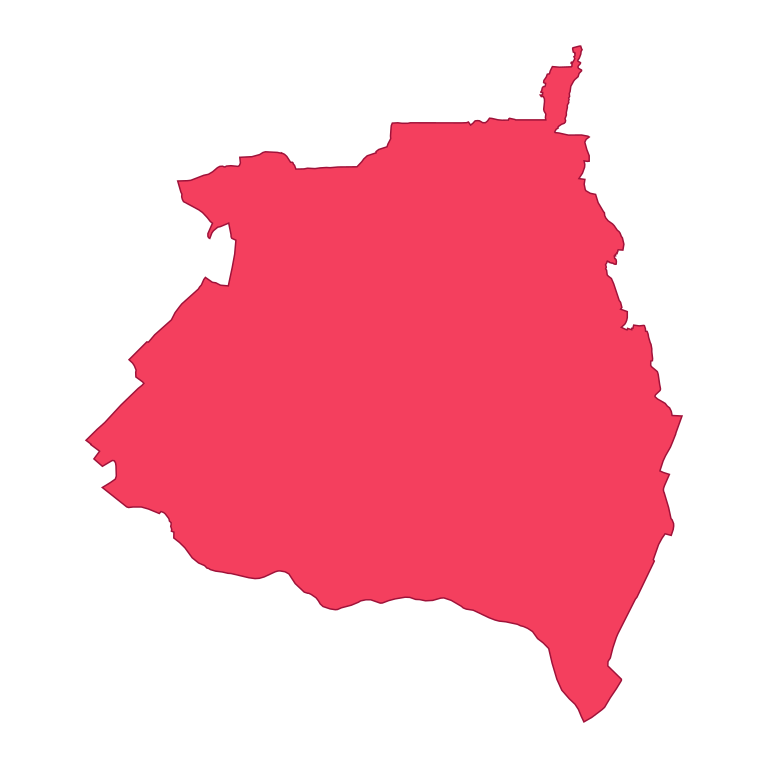 Leordeni, Arges, Romania
{"feature_id": "2599482B56240389829929", "entity_name": "Leordeni", "entity_type": "district", "adm_level": 2, "iso_a3": "ROU", "parent_name": "Romania", "parent_adm1": "Arges", "projection": "equal_earth", "projection_center": [25.165, 44.787], "detail": "fine", "context": "isolated", "style": "filled", "palette": "rose", "viewbox_px": 768, "rotation_deg": 0, "n_neighbors": 0, "source": "geoboundaries", "source_scale": "gbopen_adm2", "svg_char_len": 6055}
<svg xmlns="http://www.w3.org/2000/svg" viewBox="0 0 768 768"><path d="M548.7,648.5L552.1,663.1L556.9,679.3L561.8,690.2L569.4,698.9L575.0,704.2L578.4,709.4L581.3,716.4L583.9,721.9L591.9,717.3L602.2,709.5L604.6,707.3L610.3,697.7L616.4,688.7L620.9,681.3L621.4,680.4L621.4,679.2L607.8,665.9L608.0,661.5L610.3,658.0L612.9,647.7L616.3,637.5L617.9,633.7L635.4,599.1L636.9,597.3L654.3,561.1L653.3,559.6L658.6,544.5L662.1,538.1L665.1,533.8L671.2,535.4L673.2,529.5L673.7,526.1L673.6,523.6L672.1,519.8L671.0,518.6L668.6,507.5L664.1,492.5L663.8,492.1L663.4,490.0L663.6,488.2L664.5,485.6L669.4,474.4L663.4,472.5L659.9,470.9L663.1,461.0L665.5,455.8L670.4,447.2L672.6,441.9L675.8,433.8L675.8,433.2L682.0,416.0L672.1,415.5L671.3,411.4L669.6,407.9L667.3,406.1L665.2,403.4L657.4,398.9L655.0,396.7L655.1,395.6L655.7,394.6L660.1,390.4L660.5,389.1L660.4,388.2L659.7,384.7L658.2,374.4L657.5,372.1L657.2,371.5L651.5,366.7L650.7,365.3L650.8,361.1L652.4,360.7L652.6,358.6L651.8,351.8L651.8,348.8L651.0,344.3L650.2,342.6L648.6,337.2L648.1,334.1L647.1,331.4L645.6,331.2L645.4,328.6L644.4,325.6L643.7,325.4L639.2,325.9L633.7,325.1L632.9,328.3L631.8,328.3L631.7,329.7L627.6,328.4L627.4,329.7L626.3,329.7L621.3,327.3L624.7,324.3L625.8,322.5L626.7,320.3L627.3,317.6L627.3,311.6L620.6,309.2L621.9,307.5L620.6,302.4L619.2,300.4L613.7,283.8L611.4,278.5L608.4,276.2L607.2,274.9L606.6,270.2L605.6,268.8L606.3,267.3L606.0,265.9L605.5,264.9L606.9,262.5L607.1,261.3L607.5,261.1L609.2,261.9L609.2,262.4L611.8,263.1L612.8,263.1L613.5,263.7L615.1,264.3L616.2,264.1L616.4,261.5L616.1,259.7L615.3,258.7L614.7,258.6L614.3,256.0L615.6,255.8L615.2,254.7L615.5,254.3L617.0,253.7L617.2,253.0L616.9,252.5L617.8,251.7L617.8,250.6L618.2,249.8L622.9,250.1L623.9,244.2L622.4,237.8L621.4,236.5L620.1,233.2L619.1,231.7L617.2,230.1L614.2,225.7L612.5,223.9L608.1,220.8L605.8,218.0L604.7,215.6L604.4,212.7L603.5,211.7L598.1,202.6L595.6,194.4L590.3,193.3L585.9,190.7L585.2,189.4L584.2,184.2L584.9,179.4L578.9,178.6L582.5,173.1L584.6,167.2L584.8,164.5L584.1,160.9L587.3,161.4L589.2,161.2L589.2,155.7L586.8,149.5L584.8,142.2L586.1,139.4L589.2,137.0L588.0,136.2L581.5,135.0L568.4,135.1L558.9,133.0L555.2,132.6L554.7,132.0L556.1,129.3L558.1,128.1L558.0,127.1L558.5,126.4L561.5,124.3L564.2,123.3L565.3,122.1L565.6,120.5L565.0,118.7L566.4,115.1L566.3,112.5L567.4,107.4L567.3,105.2L568.8,102.6L568.5,101.0L569.1,99.6L568.6,98.0L569.6,96.6L569.3,93.5L570.1,91.5L570.8,86.3L573.7,81.0L574.8,79.6L578.1,76.7L579.1,73.4L581.6,70.8L581.5,70.0L578.6,68.4L578.1,67.6L578.0,66.6L578.5,65.6L580.0,64.1L580.6,62.9L580.3,62.5L578.2,61.4L577.8,60.9L577.9,60.2L579.3,58.1L580.8,54.1L581.1,51.4L582.1,49.7L581.5,48.6L580.7,46.1L579.4,46.1L572.9,47.8L572.6,48.8L573.3,52.1L574.7,52.6L575.1,53.2L574.7,53.7L575.0,54.6L574.9,55.9L573.9,56.6L574.8,58.8L572.6,62.5L571.8,62.1L571.2,62.4L571.1,63.4L572.1,64.0L571.8,66.5L571.4,66.8L559.5,67.2L552.4,66.6L550.3,70.8L549.4,73.8L547.3,74.2L546.2,77.1L543.9,80.4L543.6,82.4L543.9,82.8L545.6,83.4L545.4,85.3L544.9,86.5L543.7,86.5L542.7,87.2L542.2,88.1L541.7,90.6L540.8,92.1L541.0,92.4L542.7,92.5L542.6,94.3L542.2,95.0L540.3,95.1L541.3,96.6L543.3,96.5L544.4,98.8L544.5,101.7L543.7,109.3L544.1,111.1L545.7,113.8L545.8,114.5L545.4,117.5L545.8,119.9L515.5,119.9L515.0,119.5L509.6,118.3L508.9,118.7L508.4,120.1L502.0,120.2L497.9,119.8L491.8,118.4L489.5,118.2L487.5,121.0L485.4,122.7L482.7,122.7L479.5,120.8L477.7,120.6L475.5,120.8L474.8,121.1L473.3,122.9L470.6,125.1L468.4,122.0L466.6,122.7L461.4,122.9L410.3,122.8L407.8,123.3L402.1,123.3L397.8,122.8L392.3,123.1L391.3,125.6L391.1,127.4L390.5,136.0L390.7,138.7L388.0,143.9L387.0,146.8L378.7,149.5L376.0,151.6L376.1,152.8L367.2,155.8L363.8,158.9L361.8,161.7L357.0,166.8L338.1,167.0L330.1,167.7L326.4,167.5L320.1,167.9L315.0,168.6L307.5,168.2L304.1,168.9L295.9,169.1L294.5,165.3L293.3,164.0L293.1,163.0L292.4,162.3L290.6,162.3L286.8,156.4L284.5,154.3L281.5,152.9L281.5,153.3L277.4,152.4L265.4,151.8L262.9,152.5L259.6,154.6L251.9,156.7L239.8,157.3L240.4,163.0L239.4,165.5L238.1,166.4L230.9,165.7L226.3,166.1L225.4,166.8L224.3,166.9L222.5,166.2L219.8,166.4L217.4,167.7L212.6,171.8L208.4,174.3L203.7,175.3L190.8,180.3L187.4,180.7L177.7,181.0L180.9,192.1L181.9,194.1L181.7,196.8L182.3,199.2L183.5,201.6L198.9,209.9L202.5,212.5L207.3,217.6L210.4,221.6L212.5,223.2L207.9,233.6L207.9,236.3L208.6,237.7L209.8,238.4L211.9,232.9L213.5,230.7L217.7,227.2L220.4,226.6L228.7,223.1L231.0,234.6L231.1,236.8L231.8,238.3L235.9,240.2L234.7,254.0L232.2,267.6L228.3,285.9L220.5,285.2L215.8,282.8L212.4,282.3L205.4,277.4L203.8,279.5L201.4,285.0L199.6,287.0L198.4,289.0L181.8,303.9L179.7,306.5L175.1,312.6L171.4,319.9L154.7,334.8L148.5,342.1L146.8,341.9L129.0,359.7L132.6,363.1L134.3,365.7L136.1,370.1L135.7,372.4L135.9,377.0L142.5,381.8L143.9,383.3L142.2,385.2L138.2,388.4L121.0,405.0L104.7,422.6L97.3,429.2L86.0,440.3L91.1,444.2L90.8,444.6L99.6,451.2L93.9,458.9L102.4,466.3L112.2,460.5L114.2,460.7L115.5,462.8L116.0,465.8L116.3,476.1L115.3,479.1L110.0,482.8L102.3,487.5L126.7,506.9L128.6,507.5L132.9,507.0L141.4,507.0L148.4,509.0L159.3,513.5L161.0,511.5L163.6,512.5L165.2,513.8L168.5,518.1L169.1,519.3L169.4,521.0L171.1,522.7L171.1,524.8L170.7,526.3L171.7,529.2L171.4,531.2L173.9,532.1L173.8,538.0L179.4,542.4L184.9,547.8L192.2,557.8L198.6,563.0L204.6,565.6L207.0,568.1L208.5,568.4L210.4,569.6L215.5,571.1L222.3,572.0L228.0,573.3L231.0,573.5L248.7,577.7L255.0,578.6L259.4,578.3L264.2,576.9L275.2,571.8L277.9,571.0L280.0,570.9L285.1,571.8L288.9,573.9L295.2,583.6L304.2,592.1L307.5,593.2L308.8,593.3L311.0,594.3L316.1,597.8L318.4,600.8L320.3,604.0L323.0,606.5L330.1,608.9L335.3,609.7L337.5,609.5L341.4,607.8L351.3,605.2L358.5,602.2L360.6,600.9L365.8,599.8L370.8,599.8L380.2,603.1L382.4,603.0L388.7,600.6L395.1,598.9L405.2,597.2L409.9,597.4L415.6,599.4L419.8,599.6L425.5,600.8L432.7,600.4L440.7,598.1L443.9,597.9L451.3,600.4L461.4,606.3L463.2,607.9L466.2,609.1L473.2,610.2L489.0,617.7L495.0,620.0L499.2,621.1L505.8,621.8L517.5,624.3L520.4,625.7L523.5,626.5L527.6,628.3L532.6,631.6L537.6,638.6L543.2,642.9L548.7,648.5Z" fill="#f43f5e" stroke="#9f1239" stroke-width="1.5"/></svg>